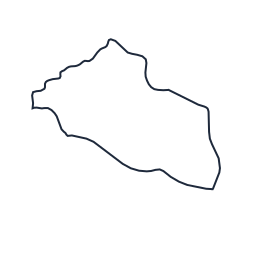 SVG path tracing the border of Tumbes, rotated 248°
{"feature_id": "PER-568", "entity_name": "Tumbes", "entity_type": "Department", "adm_level": 1, "iso_a3": "PER", "parent_name": "Peru", "parent_adm1": "", "projection": "orthographic", "projection_center": [-80.453, -3.803], "detail": "fine", "context": "isolated", "style": "outline", "palette": "slate", "viewbox_px": 256, "rotation_deg": 248, "n_neighbors": 0, "source": "natural_earth", "source_scale": "10m", "svg_char_len": 1377}
<svg xmlns="http://www.w3.org/2000/svg" viewBox="0 0 256 256"><g transform="rotate(248 128 128)"><path d="M216.7,143.5L216.7,145.3L213.5,148.9L198.1,156.0L195.3,159.5L192.4,164.0L189.1,168.2L185.0,170.2L181.3,169.4L172.9,164.9L168.9,163.6L164.8,163.4L160.8,163.7L157.2,164.8L154.2,166.9L152.1,170.1L149.8,174.9L148.1,179.9L148.1,180.0L147.9,180.1L123.3,201.9L119.3,206.8L117.8,208.2L116.4,209.0L115.4,209.1L112.9,208.8L94.0,201.7L87.4,199.9L81.7,199.8L65.9,200.7L56.3,198.2L52.5,196.0L39.7,183.9L39.5,183.7L39.3,184.2L42.4,177.7L53.0,161.6L59.2,155.1L66.7,149.3L74.8,144.7L77.7,141.9L78.9,137.8L79.5,133.3L80.8,129.1L84.3,122.2L89.6,115.5L96.7,109.7L128.1,90.9L133.7,85.5L142.1,73.2L143.3,69.1L144.9,68.4L146.9,68.1L148.6,67.1L151.7,65.9L165.5,66.3L169.3,65.5L173.3,63.8L176.5,61.2L177.9,57.6L178.4,55.5L181.1,51.0L181.9,48.8L182.0,46.9L183.3,47.6L186.6,49.3L194.1,51.3L196.8,53.4L196.4,56.9L195.2,61.0L195.7,65.2L196.9,66.3L200.1,67.6L201.4,69.0L201.9,70.8L201.9,72.8L201.5,76.5L200.0,81.9L199.9,83.4L201.2,84.8L203.2,85.4L204.9,86.2L205.4,88.1L205.4,90.3L206.6,94.1L206.8,96.3L206.5,98.2L205.2,102.1L204.9,103.8L204.9,105.8L205.1,107.4L206.3,111.1L206.5,113.0L205.8,114.5L205.0,115.9L204.6,117.4L205.5,121.4L209.5,127.8L211.3,131.8L211.5,133.6L211.5,137.2L212.0,138.9L213.8,140.9L215.5,142.1L216.7,143.3L216.7,143.5Z" fill="none" stroke="#1e293b" stroke-width="2"/></g></svg>